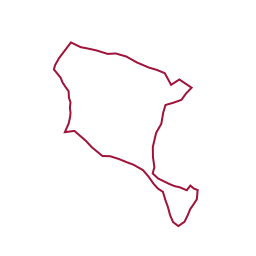 the district of Peristerona Ammochostou, Cyprus, rotated 26°
{"feature_id": "46923920B99720560567436", "entity_name": "Peristerona Ammochostou", "entity_type": "district", "adm_level": 2, "iso_a3": "CYP", "parent_name": "Cyprus", "parent_adm1": "", "projection": "natural_earth1", "projection_center": [33.768, 35.199], "detail": "fine", "context": "isolated", "style": "outline", "palette": "rose", "viewbox_px": 256, "rotation_deg": 26, "n_neighbors": 0, "source": "geoboundaries", "source_scale": "gbopen_adm2", "svg_char_len": 1008}
<svg xmlns="http://www.w3.org/2000/svg" viewBox="0 0 256 256"><g transform="rotate(26 128 128)"><path d="M35.4,95.4L34.9,103.3L35.7,107.8L45.5,112.4L49.1,115.7L54.0,118.6L58.5,121.0L61.7,126.8L65.0,130.1L67.0,135.5L69.5,139.2L71.1,143.3L72.7,149.9L73.1,159.4L81.1,154.1L95.7,158.0L104.0,161.2L117.3,164.4L124.3,161.2L133.2,159.9L142.1,159.3L149.1,158.6L159.9,159.3L167.8,162.7L175.2,166.8L181.3,169.3L187.4,170.1L193.9,177.1L197.9,180.9L201.2,184.6L204.0,187.9L209.7,192.8L216.2,194.1L219.9,187.5L219.9,180.5L219.5,173.4L220.3,168.5L221.1,161.9L217.8,153.2L213.8,153.6L209.3,152.4L208.1,158.2L200.4,158.6L195.5,159.8L190.2,160.2L184.5,160.2L177.2,160.2L170.1,158.0L168.8,151.5L163.1,143.1L158.6,134.1L156.2,123.5L155.4,119.9L156.1,109.6L152.9,98.7L151.6,90.9L157.3,85.8L163.7,79.3L165.0,71.6L167.5,63.9L152.9,61.9L147.8,70.3L137.0,62.6L128.1,63.2L120.5,64.5L107.2,65.2L95.1,64.5L84.3,66.4L77.3,70.3L65.2,72.2L57.0,74.2L50.0,76.1L39.2,76.1L35.4,95.4Z" fill="none" stroke="#9f1239" stroke-width="2"/></g></svg>